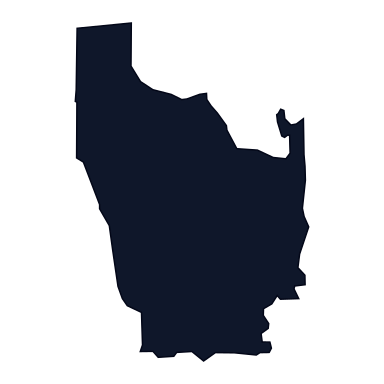 Ouallam, Tillabéri, Niger (Equal Earth projection)
{"feature_id": "23599985B18642698649368", "entity_name": "Ouallam", "entity_type": "district", "adm_level": 2, "iso_a3": "NER", "parent_name": "Niger", "parent_adm1": "Tillabéri", "projection": "equal_earth", "projection_center": [2.332, 14.566], "detail": "fine", "context": "isolated", "style": "filled", "palette": "ink", "viewbox_px": 384, "rotation_deg": 0, "n_neighbors": 0, "source": "geoboundaries", "source_scale": "gbopen_adm2", "svg_char_len": 1166}
<svg xmlns="http://www.w3.org/2000/svg" viewBox="0 0 384 384"><path d="M76.2,89.7L75.3,101.4L76.9,102.2L76.6,157.9L83.4,162.1L99.6,204.5L99.6,208.8L109.3,225.6L112.6,249.5L118.0,286.4L122.4,298.6L127.3,305.7L141.5,312.4L142.5,345.0L140.3,351.5L149.1,351.4L153.0,351.4L158.2,357.3L173.8,356.3L176.7,352.4L191.9,351.5L203.6,361.0L215.4,352.6L234.4,352.8L256.3,355.0L260.0,352.6L262.2,352.6L263.9,352.5L266.9,352.5L269.2,352.4L271.4,348.2L269.9,342.1L262.2,342.0L261.1,333.5L268.2,328.4L268.7,323.6L263.3,315.4L263.5,308.7L271.8,303.9L277.2,295.5L280.4,299.2L298.7,298.6L294.0,288.9L294.7,286.0L305.1,284.7L304.9,275.2L297.9,267.7L299.6,254.1L308.7,226.9L304.1,216.5L302.4,208.3L305.4,180.2L305.0,166.1L304.0,154.7L303.4,118.7L296.4,124.0L290.9,125.0L284.8,118.7L283.9,110.5L280.7,109.2L278.2,113.6L276.7,114.7L277.5,121.9L281.8,136.0L284.6,137.4L287.5,135.2L289.6,135.2L290.1,153.2L285.9,158.8L273.2,157.5L257.4,150.1L236.8,148.7L226.9,130.1L226.4,125.6L217.3,113.0L211.0,105.8L206.8,99.5L206.5,93.4L199.8,94.3L186.8,99.0L181.7,99.6L171.2,94.4L152.8,89.7L140.5,81.6L131.0,66.1L131.3,23.0L77.1,28.3L76.2,89.7Z" fill="#0f172a" stroke="#020617" stroke-width="1.5"/></svg>